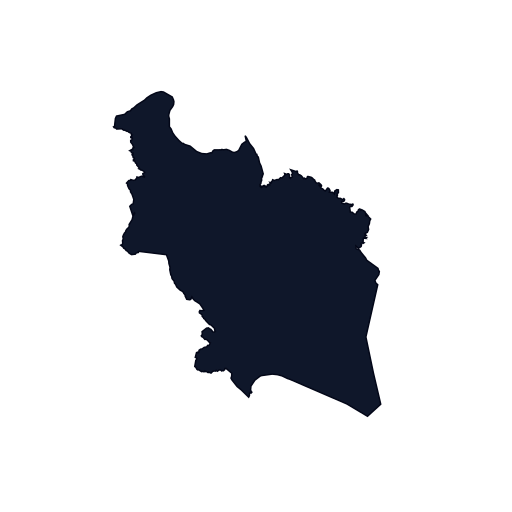 Mpulungu, Northern, Zambia (Equal Earth projection), rotated 144°
{"feature_id": "96606910B10449137451116", "entity_name": "Mpulungu", "entity_type": "district", "adm_level": 2, "iso_a3": "ZMB", "parent_name": "Zambia", "parent_adm1": "Northern", "projection": "equal_earth", "projection_center": [30.995, -8.984], "detail": "fine", "context": "isolated", "style": "filled", "palette": "ink", "viewbox_px": 512, "rotation_deg": 144, "n_neighbors": 0, "source": "geoboundaries", "source_scale": "gbopen_adm2", "svg_char_len": 6155}
<svg xmlns="http://www.w3.org/2000/svg" viewBox="0 0 512 512"><g transform="rotate(144 256 256)"><path d="M295.3,444.2L295.3,443.1L294.3,442.0L294.1,440.6L289.9,437.9L289.1,435.6L288.2,434.9L287.1,432.7L286.3,432.1L286.1,430.8L284.8,428.6L285.4,427.5L285.0,426.7L286.0,426.5L286.5,425.6L287.3,426.0L287.7,425.4L287.5,424.8L286.8,424.5L287.1,423.5L288.7,422.8L289.4,423.2L290.4,421.8L290.3,418.4L290.7,417.6L290.9,415.6L292.1,415.8L293.3,414.5L293.9,415.2L296.2,415.4L295.5,414.3L296.0,412.9L294.9,411.4L295.4,410.7L295.9,411.2L296.8,410.8L296.8,409.2L297.3,408.3L297.0,407.6L297.4,407.5L297.1,406.3L297.6,405.7L298.7,405.9L299.2,405.1L298.3,404.0L298.8,402.1L298.3,400.8L299.0,399.6L298.7,396.4L299.0,395.5L299.5,395.5L298.8,394.3L298.8,393.5L297.8,392.4L296.8,390.2L297.0,388.9L299.1,389.2L299.8,388.0L299.5,385.6L299.9,385.4L301.8,387.9L304.7,388.5L305.9,389.9L306.5,389.2L309.3,388.5L310.8,389.3L312.4,391.4L313.0,391.0L314.6,391.8L317.9,391.1L317.6,389.8L318.5,388.4L319.2,385.0L318.9,382.9L319.8,381.7L320.0,378.8L321.6,373.6L324.7,370.4L326.3,370.8L328.9,370.4L331.6,362.0L328.9,362.3L329.2,361.6L332.3,360.4L334.9,358.2L340.1,356.1L341.0,354.6L342.1,354.0L345.0,353.6L346.9,352.7L347.5,352.0L348.9,351.9L351.1,350.8L352.4,349.9L353.3,347.9L355.1,346.8L355.8,345.4L357.1,344.0L357.6,343.8L358.9,344.3L359.1,344.3L358.3,341.7L358.4,339.9L357.9,339.3L357.8,336.7L357.1,335.4L357.0,333.0L355.9,330.3L352.5,328.4L351.0,328.9L349.1,328.0L348.6,328.7L347.9,328.5L327.7,309.7L329.5,303.3L330.9,301.0L332.2,297.4L333.8,295.6L336.0,290.8L336.0,289.5L337.2,287.0L337.0,283.8L337.9,281.9L337.7,280.4L338.3,277.5L337.4,272.9L336.5,271.1L336.1,269.3L336.4,268.2L336.2,265.7L336.8,265.4L337.5,261.7L335.3,259.5L334.2,259.3L331.9,260.6L332.1,258.4L331.8,255.9L329.6,250.4L329.7,245.1L330.1,242.6L331.8,243.4L333.4,244.9L334.6,244.3L335.2,243.2L334.1,240.2L335.0,238.8L334.7,236.8L335.0,236.2L334.4,234.4L334.7,233.6L333.9,228.0L332.9,226.6L332.1,221.7L333.0,220.4L333.1,219.0L334.5,219.0L335.4,219.5L335.7,223.4L336.5,224.5L336.6,225.7L338.4,226.7L344.1,226.5L345.5,224.1L347.2,223.6L347.3,222.7L346.6,221.3L346.4,218.6L345.5,218.1L344.8,216.7L344.5,213.7L344.0,212.5L346.8,211.2L347.7,212.1L349.3,211.4L351.6,212.5L354.3,212.5L355.6,213.2L357.5,213.2L358.9,211.7L359.9,211.8L359.8,212.5L360.9,212.8L364.7,209.7L363.9,208.3L364.8,207.3L366.1,206.9L370.5,202.6L370.1,201.3L370.4,199.1L370.1,198.1L369.3,197.7L368.0,194.4L367.1,194.1L366.2,193.0L365.0,193.1L365.1,192.3L364.2,192.1L363.3,189.9L362.7,190.1L361.2,187.7L358.7,188.1L356.6,187.1L356.3,186.6L355.4,186.9L355.0,185.5L352.5,185.4L351.6,184.4L351.3,183.1L350.4,183.0L349.8,182.3L348.0,182.5L347.4,183.3L346.3,182.7L344.5,175.4L346.3,173.1L348.0,171.9L348.3,169.9L348.0,161.5L346.6,156.2L344.9,146.1L343.4,146.9L341.9,148.9L341.1,149.0L340.7,148.0L339.4,148.3L339.6,149.0L339.1,150.8L336.6,153.7L329.9,156.2L323.2,156.4L321.8,156.0L312.3,150.9L308.4,147.4L305.4,143.7L302.5,138.3L301.1,136.4L269.5,83.0L260.0,60.8L242.2,62.8L229.8,92.3L214.7,125.9L174.4,161.2L174.9,163.7L174.2,166.4L167.5,168.8L165.3,171.0L165.3,172.5L164.6,174.3L168.9,187.5L168.5,190.0L168.9,197.2L168.7,199.6L169.0,200.6L170.6,202.4L170.7,203.4L169.3,205.4L168.5,202.0L165.4,201.9L164.1,203.0L164.0,204.0L163.4,204.5L162.3,204.4L162.1,203.3L160.8,203.2L161.2,204.0L161.0,204.6L158.8,207.3L157.6,206.9L157.8,206.5L156.8,205.7L157.0,206.8L156.1,206.4L156.5,207.1L156.0,208.5L155.6,208.9L154.8,208.1L154.9,209.5L154.5,209.2L154.0,210.1L152.0,209.7L149.3,211.3L148.0,213.9L145.3,215.5L143.3,217.6L141.5,218.5L142.3,223.2L143.3,223.6L143.5,224.3L142.8,225.3L141.9,224.1L142.1,226.7L141.8,228.0L143.3,231.4L144.3,231.2L144.3,233.0L144.7,233.2L145.9,233.2L147.5,232.1L148.4,232.4L150.4,231.2L151.7,231.8L152.5,234.9L153.9,236.0L151.7,240.3L151.0,240.6L149.2,239.7L147.4,240.3L147.1,240.9L147.6,241.4L148.7,240.9L149.1,242.2L150.3,243.2L151.6,245.4L152.4,246.0L154.0,246.2L155.6,248.4L154.7,249.9L153.2,248.7L152.0,248.8L151.1,249.7L151.2,250.8L152.8,250.7L153.8,253.0L155.5,254.2L156.0,256.3L154.8,256.9L154.9,257.4L154.2,257.6L153.7,258.6L152.1,258.8L150.5,261.1L151.6,262.2L154.0,262.3L156.2,260.1L156.5,262.4L159.1,264.5L157.6,265.5L157.4,267.7L157.7,268.5L158.2,268.9L161.5,267.8L162.2,268.6L162.6,271.1L163.5,272.6L163.3,275.0L163.6,275.9L163.2,276.3L162.5,275.4L162.3,273.9L161.7,274.2L161.5,275.5L162.1,278.2L163.7,278.9L164.3,279.7L164.3,281.8L163.9,282.9L164.4,284.3L164.6,286.0L165.1,287.3L167.3,289.9L167.9,289.9L169.1,288.9L170.6,289.2L171.0,290.5L172.0,290.5L172.2,294.2L172.9,296.0L173.8,296.7L173.5,299.2L172.8,300.0L172.8,300.6L174.1,301.0L177.2,305.3L177.4,302.7L178.0,301.1L179.4,300.9L179.6,299.6L180.2,298.5L182.2,299.1L182.5,298.7L182.9,299.6L181.3,301.9L181.2,303.3L182.3,304.0L183.1,303.9L184.4,305.9L184.9,304.5L189.2,303.9L190.1,304.9L193.0,304.5L194.0,305.5L196.8,306.3L197.7,307.9L199.2,306.9L200.0,307.0L200.5,306.3L201.1,306.5L201.5,307.1L201.6,306.1L203.0,306.3L203.2,305.8L203.4,306.3L204.1,306.5L204.9,306.1L205.0,306.5L205.5,305.9L206.5,306.3L207.0,305.8L207.2,306.3L207.5,305.9L207.9,306.3L208.1,307.1L207.8,307.5L208.2,307.6L207.9,308.2L208.6,308.6L209.2,308.3L210.0,308.8L210.1,308.1L211.2,308.1L211.2,308.7L211.8,308.8L211.8,309.5L211.4,309.4L211.0,310.3L211.3,310.6L211.1,311.4L209.5,311.8L207.8,313.5L207.2,313.6L205.4,316.1L204.3,316.3L203.5,317.6L203.1,317.4L201.9,318.2L199.0,325.8L198.4,329.2L196.0,334.7L196.3,336.0L195.6,337.8L196.1,338.3L194.8,344.4L195.1,350.7L194.1,357.5L194.1,359.7L196.0,355.3L197.0,354.3L198.2,354.8L201.8,354.7L207.9,351.6L209.9,351.6L212.4,352.3L213.9,353.6L215.5,357.1L217.2,359.6L220.0,361.1L221.0,362.3L221.7,362.3L227.4,366.4L229.2,366.3L231.1,365.4L232.3,366.3L235.8,367.5L239.7,370.8L242.6,375.4L244.7,383.6L248.2,388.3L248.6,389.8L249.6,390.6L250.5,394.9L251.1,400.6L251.0,404.6L250.0,408.7L250.1,411.5L245.5,417.8L244.4,420.6L243.3,421.8L240.1,424.4L235.6,425.9L233.6,427.0L231.7,429.1L231.0,430.8L230.3,433.9L234.4,443.0L236.2,444.8L240.7,446.7L246.6,447.9L251.3,448.1L254.6,447.6L263.3,448.2L267.8,447.7L270.0,448.0L272.3,447.3L275.3,448.3L279.0,447.8L286.6,451.2L288.9,449.9L294.3,444.0L295.3,444.2Z" fill="#0f172a" stroke="#020617" stroke-width="1.5"/></g></svg>